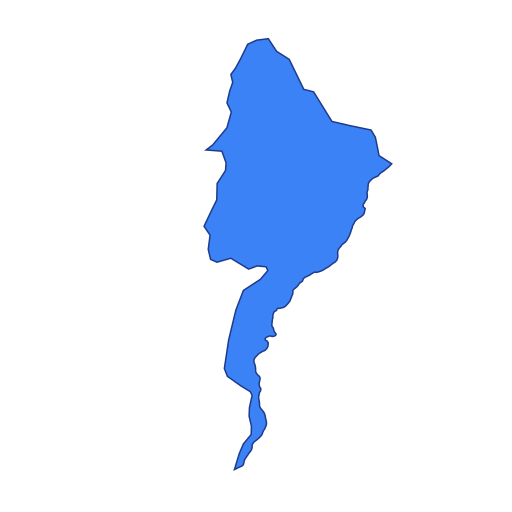 Satéma, Basse-Kotto, Central African Republic, rotated 292°
{"feature_id": "33826404B54558554669564", "entity_name": "Satéma", "entity_type": "district", "adm_level": 2, "iso_a3": "CAF", "parent_name": "Central African Republic", "parent_adm1": "Basse-Kotto", "projection": "orthographic", "projection_center": [21.777, 4.375], "detail": "fine", "context": "isolated", "style": "filled", "palette": "blue", "viewbox_px": 512, "rotation_deg": 292, "n_neighbors": 0, "source": "geoboundaries", "source_scale": "gbopen_adm2", "svg_char_len": 3880}
<svg xmlns="http://www.w3.org/2000/svg" viewBox="0 0 512 512"><g transform="rotate(292 256 256)"><path d="M335.6,170.0L340.4,185.1L331.1,193.4L323.8,195.7L308.7,192.8L293.3,198.6L282.9,197.8L264.1,196.7L258.1,205.6L244.3,209.2L235.9,215.1L235.6,222.1L244.5,233.5L241.1,254.1L247.2,260.8L249.8,269.4L246.9,272.4L236.0,268.8L219.3,257.2L198.2,257.6L167.9,262.1L139.8,268.8L133.7,274.6L129.9,290.7L128.1,301.5L125.4,304.6L113.0,306.7L104.9,309.6L96.5,315.5L88.7,318.4L77.0,314.7L66.5,314.5L49.9,316.0L51.5,317.5L52.8,318.5L54.5,320.2L56.2,321.8L56.9,322.2L58.1,322.4L59.2,322.3L61.0,321.9L62.9,321.8L65.3,322.2L67.9,322.8L69.4,323.1L71.1,323.5L73.3,324.2L74.9,324.3L76.5,324.3L77.8,323.8L79.0,323.4L80.0,323.2L81.2,323.4L82.3,323.7L83.3,324.1L85.8,325.6L88.3,326.9L90.7,327.9L92.5,328.4L94.4,328.4L95.9,328.3L97.0,328.4L98.5,328.8L102.6,328.9L104.0,328.7L105.1,328.3L106.6,327.5L108.5,326.1L110.1,325.1L111.9,323.9L113.2,322.8L114.2,321.5L115.0,320.2L115.6,319.0L116.2,317.9L116.9,316.8L118.1,315.6L122.2,313.7L124.1,312.4L125.8,311.5L127.1,311.0L128.7,310.8L129.6,310.5L130.8,310.4L132.2,310.7L134.0,310.5L134.9,310.1L135.6,309.1L136.4,308.1L138.1,307.0L140.1,306.4L142.3,306.1L144.4,305.5L145.2,304.8L145.8,303.9L146.2,302.7L147.0,301.0L148.0,299.6L149.3,298.7L150.8,298.1L153.0,297.0L154.2,296.2L156.4,294.3L157.5,293.5L159.1,293.0L160.4,293.0L161.5,293.2L164.0,294.2L165.2,294.6L166.7,295.3L169.2,297.2L170.4,298.1L170.8,298.7L171.6,299.5L172.8,300.1L174.3,300.7L176.1,300.9L177.2,300.8L178.8,300.3L180.2,299.8L180.9,298.8L181.3,298.1L181.5,297.2L181.6,296.5L181.8,295.9L182.3,295.6L182.9,295.4L183.8,295.6L184.7,296.2L185.6,297.2L186.6,298.2L187.1,298.7L187.3,299.6L187.3,300.4L187.5,301.3L188.0,302.1L188.4,302.7L188.8,303.2L189.6,303.8L190.5,304.0L191.1,303.9L191.3,303.6L191.8,302.9L192.3,301.8L193.3,300.7L195.2,299.4L195.7,299.0L196.5,297.7L197.0,297.1L198.5,296.3L200.1,295.9L202.2,295.3L203.7,294.9L205.3,294.7L207.6,293.8L208.9,293.7L210.2,293.6L211.7,294.0L212.1,294.4L212.6,295.0L213.2,295.3L213.8,295.4L214.4,295.4L215.0,295.4L215.7,295.9L216.2,297.3L217.2,298.7L218.4,300.5L219.9,301.8L221.6,302.6L223.2,303.2L224.7,303.7L226.9,304.3L229.1,304.3L230.9,304.3L232.7,304.2L234.4,304.3L235.4,304.1L236.3,303.7L237.3,303.3L238.1,303.2L239.0,303.4L242.2,305.1L243.8,305.8L245.4,306.2L246.8,306.5L248.0,307.1L248.8,307.6L249.5,308.2L250.1,308.5L252.4,308.4L253.1,308.6L254.6,309.4L257.9,312.5L262.1,315.5L263.0,316.4L263.2,316.9L263.3,317.4L263.3,318.0L263.7,318.5L264.5,319.5L264.8,320.2L265.4,320.7L266.3,321.8L268.2,323.6L270.6,325.2L272.1,326.5L273.8,327.7L278.0,330.1L279.7,331.4L281.2,332.1L282.6,332.5L284.0,332.5L285.3,332.3L286.7,331.9L288.0,331.3L289.0,330.7L290.5,330.2L291.7,329.9L293.8,330.1L295.2,330.5L296.9,331.1L298.8,331.5L299.8,332.1L301.0,332.8L302.1,333.5L303.4,334.0L305.3,334.4L307.1,334.6L308.8,334.9L309.7,334.9L313.0,334.9L314.8,334.7L316.9,334.6L318.4,334.6L319.5,334.3L320.4,334.2L321.4,334.4L322.6,334.6L324.7,334.7L326.1,335.1L327.8,335.9L329.4,336.8L330.6,337.8L332.0,338.8L334.1,339.9L335.9,340.3L337.4,340.1L338.2,339.9L339.2,339.7L340.0,339.7L340.7,339.6L341.0,339.4L341.3,338.5L341.5,337.8L341.7,337.2L342.5,336.6L343.6,336.2L344.6,336.1L345.2,336.4L345.9,336.7L347.4,336.6L348.1,336.8L348.9,337.1L350.2,337.3L351.6,337.3L353.2,336.8L354.7,336.1L355.9,335.4L356.8,335.1L357.8,335.0L358.9,335.0L360.1,334.7L361.0,334.2L362.2,334.0L364.3,333.2L365.7,333.1L367.4,333.3L369.7,334.2L371.7,335.2L373.1,336.4L374.7,338.0L376.0,339.2L378.2,339.8L380.4,340.9L382.2,342.3L386.6,344.7L388.6,345.8L392.3,347.3L395.2,332.4L402.8,327.5L410.8,322.2L415.9,315.5L412.0,293.9L409.2,276.0L429.8,247.9L428.4,237.9L450.7,213.2L453.5,198.4L462.1,186.0L456.4,175.8L449.3,169.0L432.9,167.8L422.3,166.6L414.9,164.7L408.2,169.4L399.2,169.8L387.1,171.7L380.2,179.2L364.0,181.0L342.8,174.3L335.6,170.0Z" fill="#3b82f6" stroke="#1e3a8a" stroke-width="1.5"/></g></svg>